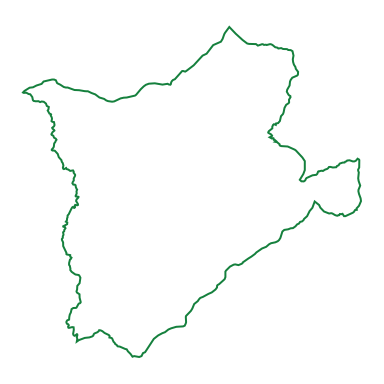 Campohermoso, Boyacá, Colombia
{"feature_id": "7082276B14856553435658", "entity_name": "Campohermoso", "entity_type": "district", "adm_level": 2, "iso_a3": "COL", "parent_name": "Colombia", "parent_adm1": "Boyacá", "projection": "mercator", "projection_center": [-73.141, 5.004], "detail": "fine", "context": "isolated", "style": "outline", "palette": "green", "viewbox_px": 384, "rotation_deg": 0, "n_neighbors": 0, "source": "geoboundaries", "source_scale": "gbopen_adm2", "svg_char_len": 5804}
<svg xmlns="http://www.w3.org/2000/svg" viewBox="0 0 384 384"><path d="M61.9,239.0L61.9,239.8L63.1,242.4L63.2,246.1L66.4,252.8L66.4,254.1L66.9,254.5L70.2,255.1L70.2,256.6L71.5,257.7L70.7,259.1L70.0,259.5L69.1,263.0L69.1,264.9L69.8,265.8L70.4,268.6L70.3,270.0L71.6,271.8L74.8,274.1L75.5,274.5L78.6,275.0L79.2,275.4L80.4,277.7L79.6,283.2L77.3,285.9L77.1,289.4L76.5,291.4L76.9,292.5L79.5,294.3L79.6,297.7L80.7,302.0L80.6,302.5L80.0,303.2L79.0,303.5L78.4,304.1L76.5,307.6L76.0,307.9L73.3,308.0L71.6,309.1L70.8,312.6L69.8,314.5L69.3,316.9L69.1,319.6L67.3,320.3L66.5,321.5L66.4,322.5L66.9,323.7L68.1,324.2L68.8,325.2L68.1,326.6L68.3,327.6L68.9,327.9L72.2,327.1L73.6,327.3L73.8,329.9L73.1,333.9L73.6,335.2L74.5,335.8L75.0,335.7L76.8,334.2L77.2,334.3L77.4,335.0L76.8,337.3L77.3,338.8L76.8,341.6L78.9,340.1L84.8,337.9L89.4,337.4L92.3,336.4L93.3,335.6L93.7,334.3L94.4,333.5L97.5,332.2L99.0,330.8L99.2,330.2L100.7,330.4L102.4,331.2L104.6,333.0L108.8,335.0L109.6,336.0L109.4,337.5L111.6,338.0L112.2,338.6L113.5,341.7L114.7,342.9L115.2,344.0L116.6,344.9L117.6,346.3L119.8,346.6L125.3,349.0L126.7,349.3L127.9,351.3L130.5,353.9L132.5,356.7L134.1,356.1L139.2,357.0L141.5,356.1L143.0,353.1L145.1,352.2L153.8,338.9L158.2,335.4L162.3,333.2L165.0,332.2L168.4,329.5L171.2,328.3L176.3,326.8L183.1,326.4L184.7,325.7L185.7,323.6L186.1,322.2L185.8,316.9L186.1,315.9L190.9,310.9L192.3,308.6L194.2,304.0L197.8,301.1L198.9,299.4L200.3,297.9L202.9,296.9L208.4,293.9L211.8,292.4L215.5,289.5L217.0,287.5L217.1,285.7L217.5,285.1L219.2,284.1L224.6,279.2L225.4,277.1L225.4,271.6L226.0,270.6L230.0,266.6L233.6,264.7L235.2,264.4L238.5,265.1L241.6,263.8L242.5,263.2L242.8,262.4L248.5,258.4L251.4,256.6L254.9,254.0L256.4,252.4L262.0,248.5L266.2,246.8L269.2,244.2L271.1,243.2L275.4,242.3L277.8,241.2L279.1,240.0L280.4,237.9L282.4,231.5L284.3,229.9L288.2,229.3L290.7,228.3L293.0,228.1L295.5,226.3L297.1,224.4L298.9,223.6L300.1,221.9L302.1,221.4L303.5,220.1L304.1,218.9L307.1,216.2L309.6,211.1L312.4,207.8L314.7,201.5L319.1,205.0L320.3,207.6L324.0,211.5L329.1,213.5L331.2,213.2L332.4,213.5L334.9,215.0L336.5,215.6L337.7,215.7L338.4,215.1L339.2,215.1L339.9,214.0L341.2,214.2L342.5,213.8L344.0,216.1L345.5,216.1L352.9,212.7L353.9,211.9L355.0,210.1L356.8,209.8L356.5,208.5L359.0,205.8L361.0,201.1L360.6,198.3L359.0,193.9L358.4,191.3L358.5,189.8L360.2,185.6L358.6,180.9L358.2,178.3L358.8,172.4L358.2,170.8L358.1,169.8L359.2,167.5L359.3,160.1L359.1,159.6L357.6,158.7L355.9,160.7L354.4,161.4L352.8,161.4L349.6,160.3L347.2,160.5L346.4,161.3L345.1,161.8L344.6,162.5L342.6,162.6L339.7,163.6L338.6,165.3L336.9,166.1L336.3,167.2L332.9,167.5L330.4,166.9L329.0,167.0L328.1,168.2L327.2,168.9L325.1,169.6L322.9,171.0L321.9,170.7L320.1,171.0L319.3,171.4L318.5,171.3L318.1,171.6L317.3,173.8L316.3,174.8L312.5,175.3L306.6,178.0L306.0,178.6L305.2,180.4L303.8,181.4L301.4,181.3L299.8,179.8L303.3,174.1L304.8,170.1L304.8,161.1L302.4,157.5L295.9,150.5L294.8,149.7L287.7,146.5L281.5,146.1L280.3,145.8L279.7,145.3L279.6,144.3L277.1,142.2L275.1,141.8L276.1,141.1L274.6,139.8L273.8,139.8L273.5,138.3L273.0,138.1L271.8,138.5L269.7,137.3L271.8,136.2L272.1,135.7L271.1,134.4L268.4,132.9L268.2,132.3L268.9,131.1L272.3,128.4L272.3,126.7L273.1,124.9L274.0,124.2L275.8,124.9L276.0,123.5L278.1,123.1L279.9,121.0L281.0,116.2L283.0,114.0L283.6,112.4L284.5,107.9L286.2,104.8L288.6,103.2L289.1,102.4L289.0,99.7L290.5,97.2L290.3,96.0L289.3,95.5L288.5,94.7L286.8,91.7L287.2,89.7L289.6,85.5L290.0,81.6L290.7,79.9L292.3,77.7L297.1,75.6L297.9,74.7L298.1,71.9L295.8,68.8L295.4,67.0L293.9,64.6L293.1,62.0L292.8,59.3L293.5,55.6L292.5,51.2L290.7,50.1L288.2,50.0L287.4,49.3L286.5,49.1L283.1,49.0L281.2,48.1L278.3,48.5L277.5,47.7L275.2,47.2L272.4,44.9L270.8,44.2L269.8,44.2L266.7,45.0L265.9,44.7L264.0,44.9L263.0,44.3L262.1,44.2L257.9,45.6L256.0,44.1L249.0,43.9L247.2,43.5L242.6,40.0L235.8,33.8L229.3,27.0L225.1,32.7L224.3,34.1L222.6,38.9L220.9,41.7L213.2,45.1L206.6,53.7L202.6,55.6L193.7,65.3L186.4,70.9L185.2,71.6L183.0,71.0L182.1,71.1L174.9,79.2L173.0,80.0L171.9,81.1L171.2,82.3L170.8,84.2L170.4,84.7L168.9,84.5L167.6,83.8L162.5,84.6L154.8,83.3L148.9,83.7L145.9,84.8L143.7,86.4L140.8,89.2L136.1,94.8L135.0,95.6L126.8,97.5L123.7,97.7L120.6,98.4L114.2,101.4L112.1,101.7L108.0,101.1L106.2,100.4L104.1,98.9L99.4,97.5L95.3,94.4L91.5,93.0L88.0,91.3L85.0,91.2L79.1,90.2L74.5,90.0L67.6,87.5L65.7,87.5L63.8,87.0L60.3,84.7L57.6,83.4L57.0,82.9L55.9,80.3L54.0,79.5L52.2,79.5L43.6,81.5L41.6,83.9L36.5,85.5L33.0,87.3L29.6,87.7L24.5,90.9L23.4,92.0L23.0,92.5L23.8,92.9L26.3,92.7L28.6,94.0L30.3,94.3L32.3,97.1L32.9,100.1L33.6,100.9L35.7,101.3L38.5,101.2L40.1,102.1L41.7,101.5L43.8,101.8L46.0,103.6L46.8,105.9L48.8,107.0L48.4,109.5L47.7,110.5L49.5,113.7L50.6,113.9L51.1,114.5L50.7,115.5L51.7,117.3L52.0,118.9L51.5,121.1L52.3,121.8L54.0,122.1L54.5,124.8L54.4,125.5L53.9,126.4L52.2,127.8L52.4,128.5L54.2,130.1L54.4,130.6L52.6,132.1L51.4,134.2L51.7,134.9L53.3,135.7L54.0,137.6L55.8,138.7L56.5,139.8L55.6,141.1L55.2,142.2L54.2,143.4L53.8,146.8L53.2,147.9L51.8,149.5L51.8,150.1L52.4,150.5L53.8,150.5L54.9,150.8L57.7,153.9L58.8,157.2L61.4,160.1L61.8,161.8L62.7,163.0L63.4,165.4L62.9,167.7L63.2,168.7L63.9,169.1L64.6,168.9L66.1,168.0L66.7,169.1L68.4,169.6L70.2,170.9L73.0,170.4L73.7,171.5L73.6,172.7L75.1,174.7L75.1,175.7L73.7,178.5L73.8,180.4L72.7,182.2L72.4,183.3L73.3,184.6L74.9,184.7L75.6,185.3L75.8,187.0L76.6,189.0L77.1,189.5L76.5,191.4L76.7,193.4L75.6,196.0L76.0,196.5L77.8,196.6L78.5,196.9L78.4,197.5L76.5,199.5L76.1,201.0L77.9,204.0L78.0,204.9L77.2,205.3L75.2,204.9L74.8,205.6L75.0,207.3L74.4,207.9L73.8,207.8L73.0,206.9L72.4,207.2L71.6,208.3L68.7,214.3L67.6,215.5L67.5,217.5L67.1,218.2L66.9,220.3L65.9,221.7L67.3,222.5L67.1,224.2L63.2,226.3L63.3,226.7L65.0,227.2L65.5,228.2L64.3,229.9L64.2,231.2L63.1,232.3L63.5,234.8L62.8,236.2L62.8,237.8L61.9,239.0Z" fill="none" stroke="#15803d" stroke-width="2"/></svg>